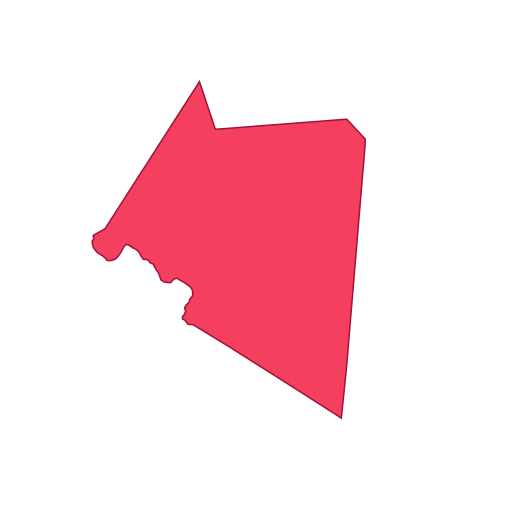 the district of São Benedito do Rio Preto, Maranhão, Brazil, rotated 337°
{"feature_id": "56859067B52035287226996", "entity_name": "São Benedito do Rio Preto", "entity_type": "district", "adm_level": 2, "iso_a3": "BRA", "parent_name": "Brazil", "parent_adm1": "Maranhão", "projection": "mercator", "projection_center": [-43.709, -3.395], "detail": "fine", "context": "isolated", "style": "filled", "palette": "rose", "viewbox_px": 512, "rotation_deg": 337, "n_neighbors": 0, "source": "geoboundaries", "source_scale": "gbopen_adm2", "svg_char_len": 1129}
<svg xmlns="http://www.w3.org/2000/svg" viewBox="0 0 512 512"><g transform="rotate(337 256 256)"><path d="M272.1,73.4L211.8,114.5L188.6,130.4L183.6,133.7L127.7,171.9L114.2,173.4L113.5,176.7L110.9,178.4L109.8,182.1L109.7,185.0L110.3,188.1L111.4,191.0L114.8,195.9L116.4,199.0L117.2,201.9L119.5,203.2L122.2,203.8L125.3,203.9L128.5,202.7L132.5,200.2L135.3,198.0L138.3,195.7L141.1,194.6L143.4,196.7L145.9,200.5L148.3,203.1L150.0,207.4L150.0,210.5L150.9,215.0L153.3,216.2L155.1,217.7L156.0,221.0L158.3,223.4L158.3,226.3L158.8,229.8L159.5,232.7L159.5,236.3L159.1,240.8L161.3,244.0L163.8,245.6L166.9,247.2L171.1,245.3L174.4,245.4L176.5,248.5L179.9,252.8L181.7,255.8L183.5,258.9L184.1,262.3L183.2,265.4L182.0,267.9L178.4,269.7L176.6,272.1L172.0,274.2L170.0,275.8L169.6,279.5L167.3,281.7L164.5,283.2L163.7,285.4L165.4,287.2L166.6,292.2L168.8,293.5L171.1,294.5L193.6,325.9L216.0,358.3L237.2,388.9L240.0,393.0L247.6,404.0L271.2,438.6L295.7,394.1L324.7,339.0L353.0,285.3L368.9,255.1L392.0,211.3L398.3,199.4L402.3,191.2L393.0,165.5L320.5,141.1L274.0,125.5L268.1,123.4L272.1,73.4Z" fill="#f43f5e" stroke="#9f1239" stroke-width="1.5"/></g></svg>